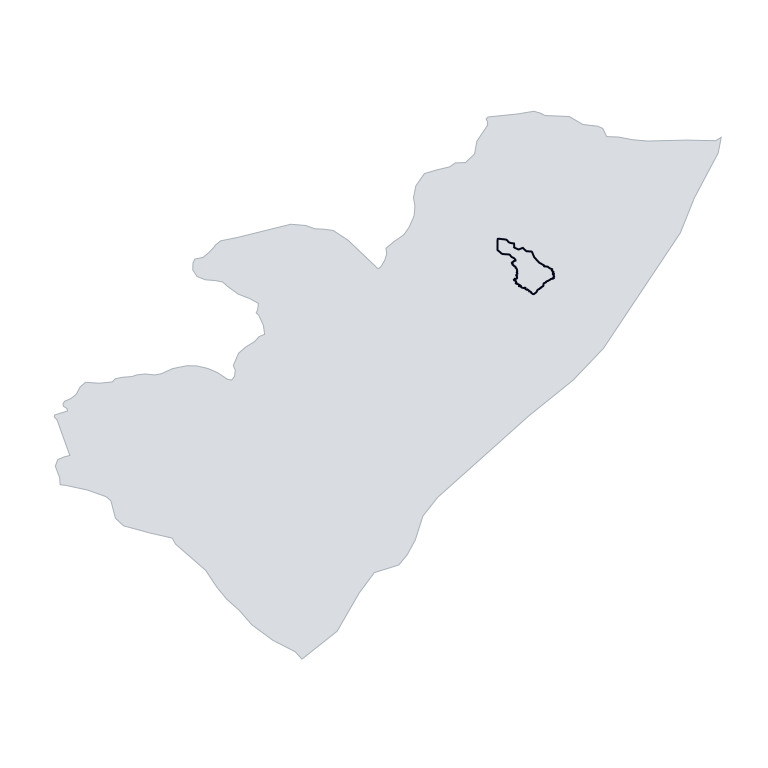 Pynes Town, Sinoe, Liberia (highlighted), rotated 272°
{"feature_id": "62588387B44747363578735", "entity_name": "Pynes Town", "entity_type": "district", "adm_level": 2, "iso_a3": "LBR", "parent_name": "Liberia", "parent_adm1": "Sinoe", "projection": "natural_earth1", "projection_center": [-8.563, 5.57], "detail": "fine", "context": "in_parent", "style": "outline", "palette": "ink", "viewbox_px": 768, "rotation_deg": 272, "n_neighbors": 0, "source": "geoboundaries", "source_scale": "gbopen_adm2", "svg_char_len": 5079}
<svg xmlns="http://www.w3.org/2000/svg" viewBox="0 0 768 768"><g transform="rotate(272 384 384)"><path d="M106.2,311.6L113.3,304.6L123.9,282.0L138.7,260.4L152.4,247.6L163.4,234.4L174.9,224.2L191.4,212.4L216.7,181.3L222.6,177.7L226.7,156.2L233.1,128.8L240.4,120.3L257.6,115.2L261.6,110.5L267.7,91.2L271.7,68.7L272.0,63.8L278.8,63.2L290.4,58.4L297.1,60.6L300.0,67.0L301.6,72.5L336.7,58.5L339.7,55.6L341.6,56.1L346.0,68.7L348.5,67.9L350.6,64.3L353.0,63.9L355.7,65.6L358.5,71.5L362.9,76.8L370.5,80.5L375.3,85.7L374.8,99.2L376.6,112.3L379.9,115.3L381.7,123.2L382.6,131.8L384.4,136.3L385.7,145.0L385.0,154.3L386.4,160.9L392.0,172.2L395.4,186.5L395.5,196.5L393.4,207.2L389.7,216.9L383.2,227.5L382.6,231.6L386.5,234.4L392.4,234.9L397.3,232.8L409.7,237.6L416.2,244.6L421.9,253.2L427.1,257.6L429.4,263.0L438.2,261.5L448.5,256.3L450.6,253.8L453.6,255.1L460.2,255.7L464.9,246.2L468.6,235.4L476.5,223.7L480.4,219.1L481.5,211.6L481.9,201.9L484.8,193.5L491.3,188.9L498.4,188.9L502.3,190.7L504.2,198.8L509.9,205.0L514.8,209.3L517.4,211.1L521.4,215.9L525.3,232.3L540.4,285.3L539.7,299.9L536.7,309.5L536.6,318.8L535.6,328.0L526.3,343.2L498.9,374.1L501.0,376.8L507.6,380.4L514.2,382.2L519.7,381.2L526.6,389.0L533.9,398.7L541.7,403.7L553.0,408.2L562.9,408.7L571.3,407.0L583.1,408.9L595.7,417.0L600.1,430.2L603.2,441.8L607.5,447.7L608.1,457.7L617.1,466.5L629.8,468.3L646.4,478.6L650.6,478.0L652.4,476.8L654.5,478.7L658.6,508.5L661.8,524.3L660.2,530.7L657.9,535.7L657.8,559.8L650.3,573.6L649.1,588.7L647.0,593.7L639.0,598.0L639.0,609.7L636.8,623.7L636.0,638.7L638.3,677.8L638.7,706.9L642.3,712.4L626.7,710.0L580.9,687.7L545.6,675.0L427.3,602.1L394.5,572.9L356.7,529.3L272.6,441.6L253.4,427.5L229.2,420.7L214.2,413.2L203.7,405.1L195.1,380.8L174.1,366.4L135.3,345.8L106.2,311.6Z" fill="#d9dde1" stroke="#a8b0b8" stroke-width="1"/><path d="M533.0,492.7L532.8,492.7L532.5,492.6L530.9,492.4L530.0,492.5L528.8,492.5L528.0,492.6L526.6,492.6L525.6,492.6L524.0,492.7L522.3,492.7L522.0,492.8L521.5,493.0L521.2,493.6L521.0,493.8L520.9,494.0L519.9,495.3L518.8,496.5L518.6,496.9L518.2,497.6L518.1,497.8L518.0,498.7L518.0,498.8L517.9,501.3L517.9,503.0L517.8,504.3L517.7,505.0L516.8,505.9L515.9,506.5L515.6,506.8L515.1,507.7L515.0,508.0L514.8,508.5L514.3,509.5L513.8,510.1L513.3,510.5L513.0,510.8L512.5,511.1L512.3,511.1L512.0,510.7L511.8,510.8L511.6,510.2L511.4,509.6L511.2,509.2L510.8,509.1L510.5,508.8L510.3,508.2L510.0,507.8L509.5,507.5L508.8,507.8L508.6,508.4L508.2,508.5L507.7,508.4L507.5,508.7L507.2,509.1L507.1,509.4L506.5,509.8L506.2,510.3L506.0,511.0L505.6,511.4L505.3,511.4L504.7,511.5L504.4,512.0L503.7,512.6L503.2,512.8L502.8,512.9L502.3,512.9L501.9,513.1L501.7,513.2L501.3,513.1L500.9,513.2L500.4,512.9L500.1,512.8L499.6,513.3L499.3,513.4L498.8,513.4L498.5,513.1L498.3,512.9L497.4,512.3L497.1,512.4L496.6,513.2L496.2,513.1L495.7,513.0L495.4,513.0L494.9,513.3L494.6,513.3L494.2,513.1L493.8,512.6L493.7,512.2L493.5,511.5L493.6,511.3L493.7,511.1L492.8,510.2L492.4,510.3L492.1,510.7L491.7,511.5L491.5,512.1L491.0,512.4L490.5,512.5L490.0,512.8L489.9,512.7L489.5,512.2L489.2,512.2L488.9,512.9L488.6,513.5L488.5,514.4L488.2,515.0L487.8,515.8L487.5,516.3L487.3,515.8L486.9,515.5L486.5,515.5L486.4,515.8L486.5,516.2L486.7,516.6L486.6,517.3L486.4,517.4L486.0,517.5L485.5,517.8L485.1,518.6L485.0,519.3L484.7,520.6L485.1,521.1L485.2,521.6L485.1,521.9L484.3,521.9L483.8,522.2L483.5,522.8L483.2,523.3L483.2,523.6L483.5,523.9L483.3,524.3L482.9,524.7L482.8,525.1L482.5,525.5L482.1,525.7L481.6,525.9L481.6,526.7L481.3,527.3L480.9,527.8L480.4,527.8L479.5,529.0L479.1,529.7L479.0,530.4L479.6,531.3L480.2,532.1L481.0,533.0L481.4,533.3L482.7,533.8L483.4,534.3L484.1,535.2L484.4,536.0L484.8,536.3L485.3,536.7L485.4,537.3L486.2,537.7L486.5,538.4L486.9,538.8L487.4,539.7L488.2,539.9L489.2,539.9L489.9,540.0L490.2,540.2L490.6,541.1L491.3,542.3L491.8,542.4L492.3,543.1L493.0,544.7L493.6,545.7L494.4,546.7L494.8,547.2L494.9,547.9L495.1,549.0L495.4,549.5L495.6,549.8L495.8,549.6L496.0,549.3L496.5,549.8L497.0,550.2L497.3,549.9L497.7,550.1L497.9,550.0L498.2,549.9L498.4,549.9L498.6,549.9L498.8,549.8L498.9,549.5L499.0,549.4L499.4,549.1L499.6,549.3L499.9,549.6L499.9,549.9L500.1,550.0L500.6,549.6L500.5,549.4L500.6,549.2L500.9,549.4L501.0,549.3L501.1,549.1L501.5,548.9L502.0,549.2L502.4,548.5L503.1,548.4L503.4,547.8L504.1,548.0L504.6,548.0L504.9,547.3L504.9,547.1L505.4,545.7L505.8,545.1L506.4,544.2L507.0,543.5L507.0,542.2L507.2,541.3L507.1,540.2L507.4,539.8L508.1,539.8L509.0,538.1L509.7,536.9L510.2,535.8L510.6,535.0L510.7,534.9L512.2,533.4L513.1,532.4L514.5,531.2L515.8,529.8L517.3,529.1L518.7,528.4L519.9,527.9L521.0,527.4L521.5,526.8L521.6,525.7L521.5,524.6L521.7,523.5L521.6,521.9L522.0,521.3L523.3,519.7L524.9,518.0L523.1,513.8L524.6,510.0L525.1,509.4L525.2,509.5L525.3,509.5L525.8,509.4L526.0,509.3L526.4,509.3L528.0,509.2L529.0,509.0L529.1,507.8L529.2,506.6L529.3,506.2L529.3,505.8L529.5,505.1L530.0,503.9L530.5,503.2L530.8,503.0L531.7,502.3L532.3,501.4L532.6,500.9L532.6,500.5L532.8,498.8L532.9,496.5L533.1,495.2L533.1,494.4L533.2,494.1L533.1,493.2L533.0,492.7Z" fill="none" stroke="#020617" stroke-width="2"/></g></svg>